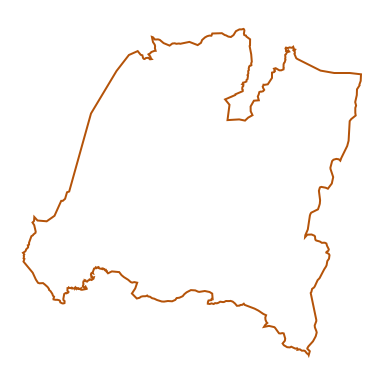 the district of Hohoe Municipal, Volta, Ghana
{"feature_id": "2480657B20464126159243", "entity_name": "Hohoe Municipal", "entity_type": "district", "adm_level": 2, "iso_a3": "GHA", "parent_name": "Ghana", "parent_adm1": "Volta", "projection": "orthographic", "projection_center": [0.486, 7.154], "detail": "fine", "context": "isolated", "style": "outline", "palette": "amber", "viewbox_px": 384, "rotation_deg": 0, "n_neighbors": 0, "source": "geoboundaries", "source_scale": "gbopen_adm2", "svg_char_len": 5830}
<svg xmlns="http://www.w3.org/2000/svg" viewBox="0 0 384 384"><path d="M189.4,41.9L180.2,43.8L179.1,43.5L176.3,43.8L174.8,43.3L172.4,43.5L169.6,45.6L163.6,43.1L159.8,39.9L158.1,39.4L154.9,39.5L153.0,37.3L151.9,36.9L153.0,42.1L154.7,44.6L155.1,46.2L154.9,48.1L155.6,50.8L154.6,50.8L151.4,52.0L150.1,53.4L148.5,54.3L150.2,56.4L151.1,58.6L151.6,59.1L150.0,59.3L148.4,57.8L146.0,58.0L144.6,59.0L143.7,58.8L143.0,57.9L142.4,55.3L140.7,54.8L137.7,51.1L128.9,55.0L116.5,71.0L91.0,113.5L69.2,191.5L67.0,192.3L65.1,198.8L62.7,200.9L61.2,200.9L54.5,215.8L46.7,221.3L37.5,220.5L34.3,217.0L34.1,220.4L33.8,221.3L32.5,222.5L34.2,225.1L35.7,231.6L35.5,232.8L33.3,234.6L32.9,235.3L31.4,236.2L29.0,242.8L29.1,244.3L28.9,244.8L27.8,245.3L28.2,246.9L28.0,247.5L26.1,249.4L25.8,250.6L25.0,251.6L23.0,252.8L24.3,254.4L23.7,255.7L24.0,256.7L23.6,258.4L24.4,258.9L23.5,261.6L32.7,272.7L35.9,279.6L38.0,282.8L39.4,283.3L43.0,283.1L44.7,284.4L47.5,286.9L48.9,288.8L49.0,289.8L50.5,291.1L52.3,293.8L52.9,295.6L54.1,296.8L53.4,298.8L53.5,299.4L55.3,299.8L57.5,299.8L59.5,300.4L59.9,300.7L60.3,302.4L62.3,303.4L63.7,303.4L64.5,303.1L64.6,301.1L63.6,300.2L63.3,299.1L64.2,294.0L65.5,293.1L66.1,292.9L66.6,293.3L68.1,292.6L68.5,292.0L67.4,290.7L67.5,288.1L68.4,288.0L68.7,287.5L69.1,287.9L70.5,288.1L71.4,287.7L72.0,288.4L72.4,288.0L72.9,288.4L74.0,288.5L75.0,287.6L75.1,288.4L75.5,287.9L76.1,288.6L76.3,287.8L77.0,288.0L77.3,288.5L78.5,288.2L78.7,288.5L78.1,288.5L78.2,289.0L79.3,289.1L80.7,288.5L80.4,289.2L80.8,289.6L81.9,289.8L86.7,288.9L86.7,288.6L85.8,288.6L86.0,287.6L85.5,286.5L84.3,287.5L83.0,286.7L82.8,286.2L83.5,284.1L83.2,283.0L83.4,281.7L83.5,281.3L84.4,281.0L84.5,280.3L85.0,280.7L85.5,280.4L86.0,281.3L87.1,281.6L88.0,280.6L89.4,280.0L89.4,279.5L89.7,279.3L91.6,280.0L93.5,278.7L93.9,277.3L92.2,277.7L91.5,277.5L91.3,276.9L91.9,276.5L90.9,274.9L91.2,273.4L91.9,272.8L93.0,273.3L92.7,272.5L94.0,268.7L94.6,268.7L95.8,267.3L96.5,268.1L98.0,267.2L98.3,267.7L98.7,267.4L99.1,268.2L100.0,268.6L101.3,268.8L102.1,268.4L102.4,268.4L102.3,269.1L102.6,269.2L103.4,268.8L104.5,269.1L104.6,269.9L105.2,270.4L105.9,270.1L106.0,270.9L106.9,271.2L106.7,271.8L108.0,273.3L111.9,271.4L119.2,272.1L121.5,275.1L123.9,277.1L128.2,279.8L130.8,282.1L132.2,282.6L134.3,282.1L137.2,282.7L135.2,288.5L131.9,293.5L136.8,298.5L139.5,297.8L141.0,296.7L142.7,296.3L145.8,296.2L147.2,295.5L148.2,296.5L149.9,296.7L152.1,298.2L154.3,298.7L157.0,300.0L161.8,301.5L164.1,301.6L167.9,301.0L172.1,301.3L175.3,299.9L176.6,298.1L179.4,297.7L182.7,296.2L184.3,294.2L186.6,292.3L190.9,290.1L195.3,290.4L197.9,291.6L199.2,291.9L204.8,291.0L209.6,292.0L212.2,293.6L212.6,298.6L212.1,298.3L211.6,298.8L211.5,300.1L208.5,300.5L207.9,302.1L207.8,303.7L209.8,304.0L211.5,303.4L213.7,304.0L215.1,303.1L216.9,303.3L218.4,302.8L220.2,301.7L223.0,302.1L224.0,302.0L226.0,301.0L228.9,301.1L230.6,300.9L232.7,301.6L235.0,303.5L236.9,305.8L239.6,305.6L240.3,305.0L242.3,304.8L243.8,303.7L244.7,304.9L254.5,308.6L258.4,310.6L263.4,314.0L266.1,315.2L265.3,317.5L265.5,319.8L266.5,322.2L267.3,323.0L265.3,324.8L264.0,326.9L269.0,325.9L274.2,327.1L274.9,327.6L279.0,333.3L280.4,333.5L282.3,333.1L283.7,333.4L285.2,338.6L284.9,340.7L282.6,343.5L283.8,345.2L287.2,347.2L289.9,347.4L291.2,346.7L295.3,348.6L297.2,348.3L297.7,348.9L297.5,349.8L299.8,349.3L301.9,350.7L304.0,350.6L305.1,351.1L306.9,353.4L308.4,354.4L308.7,355.1L309.8,351.2L307.3,348.7L307.5,347.9L308.4,346.4L313.0,341.3L315.7,336.3L316.7,332.6L316.4,331.2L314.9,327.4L314.7,325.4L316.3,321.1L316.3,319.9L310.7,293.0L311.4,291.9L312.1,288.9L314.1,287.4L314.8,286.3L317.6,280.2L319.6,278.1L324.2,269.3L325.9,266.7L326.6,265.2L327.3,261.1L329.0,258.7L329.5,255.1L328.7,253.8L326.3,252.6L326.6,251.8L328.3,250.8L328.8,249.3L327.0,245.7L326.4,243.5L324.8,242.7L321.8,242.8L319.8,241.5L316.2,240.5L315.4,239.7L315.2,238.7L315.0,236.4L314.2,235.6L311.6,234.5L307.3,234.7L305.1,237.2L305.3,235.2L307.8,229.5L309.9,215.5L310.5,213.8L311.2,212.7L318.0,209.3L319.2,205.8L319.8,203.8L320.1,200.2L318.9,190.8L319.7,188.0L320.1,187.3L321.3,186.9L325.6,187.7L327.9,188.7L331.8,183.5L333.2,177.1L330.5,169.0L330.4,167.7L332.1,161.1L333.5,159.7L336.3,158.9L338.8,159.3L340.3,160.7L341.3,158.0L347.2,146.0L348.6,140.7L349.7,121.1L351.2,119.1L355.7,115.5L355.3,112.8L355.3,107.9L356.1,105.6L355.2,102.1L356.8,95.1L357.0,89.3L359.6,85.3L359.4,84.6L360.7,80.9L361.0,74.3L349.8,73.0L334.2,73.0L320.5,70.6L297.2,58.9L296.2,58.1L294.4,53.8L294.9,53.1L294.7,51.6L293.3,50.1L293.5,49.9L294.9,50.1L295.2,49.6L294.1,49.3L293.2,46.8L292.1,47.8L289.5,47.4L287.8,48.1L286.0,47.6L285.5,48.4L286.1,50.0L286.0,51.0L287.0,51.2L288.2,50.3L289.2,51.6L286.9,52.3L286.1,54.0L285.2,54.9L285.4,57.7L285.1,59.0L285.5,59.7L284.6,62.5L284.1,62.9L283.6,64.2L283.5,67.3L283.8,67.9L283.5,68.3L283.5,69.4L281.3,70.3L279.3,70.3L275.7,68.2L274.0,68.7L275.1,70.6L274.0,69.9L274.9,71.2L274.1,72.1L272.0,72.6L272.0,77.9L267.8,84.3L264.8,84.8L263.5,84.7L263.4,85.5L262.7,86.5L263.0,87.7L264.2,89.9L263.1,91.2L261.3,91.7L260.4,91.6L259.3,92.1L258.7,94.5L257.8,96.5L258.8,100.3L253.9,100.7L250.6,106.5L250.7,111.3L252.5,115.2L248.2,117.6L245.0,120.6L239.2,119.4L227.5,120.1L229.5,104.8L225.1,99.4L235.3,95.0L235.4,94.3L242.7,91.2L242.8,89.9L242.2,89.1L242.3,87.7L242.5,86.9L243.2,86.2L243.4,85.0L242.6,84.5L243.1,84.3L242.6,83.6L243.1,82.6L244.2,82.5L246.4,81.5L246.6,79.9L247.5,79.1L248.0,75.7L247.5,75.1L248.3,73.6L248.2,71.0L248.9,70.0L248.7,68.5L249.2,66.4L250.1,65.6L250.6,65.7L251.4,65.2L251.2,63.3L251.8,61.7L251.2,54.3L249.6,46.0L250.0,45.5L250.1,39.3L246.3,36.5L246.0,35.6L244.3,35.1L243.9,33.7L244.4,30.4L244.0,29.3L243.4,28.9L241.9,29.4L239.4,29.4L235.9,31.2L233.5,35.1L230.9,37.0L228.3,36.6L226.1,35.4L224.7,35.0L221.9,33.2L212.3,33.5L211.4,35.7L209.3,35.6L207.2,36.2L205.0,37.4L202.1,40.0L201.0,42.8L197.7,45.1L189.4,41.9Z" fill="none" stroke="#b45309" stroke-width="2"/></svg>